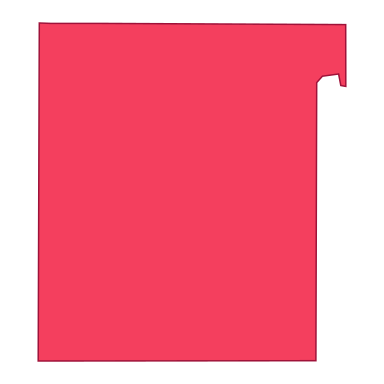 Cottle, Texas, United States of America
{"feature_id": "52423323B25180232244393", "entity_name": "Cottle", "entity_type": "district", "adm_level": 2, "iso_a3": "USA", "parent_name": "United States of America", "parent_adm1": "Texas", "projection": "robinson", "projection_center": [-100.209, 34.075], "detail": "fine", "context": "isolated", "style": "filled", "palette": "rose", "viewbox_px": 384, "rotation_deg": 0, "n_neighbors": 0, "source": "geoboundaries", "source_scale": "gbopen_adm2", "svg_char_len": 261}
<svg xmlns="http://www.w3.org/2000/svg" viewBox="0 0 384 384"><path d="M98.0,23.4L50.6,23.4L39.3,23.0L38.2,361.0L315.9,360.7L316.7,82.6L322.4,76.2L338.6,74.0L340.8,85.5L345.8,86.4L345.7,24.6L98.0,23.4Z" fill="#f43f5e" stroke="#9f1239" stroke-width="1.5"/></svg>